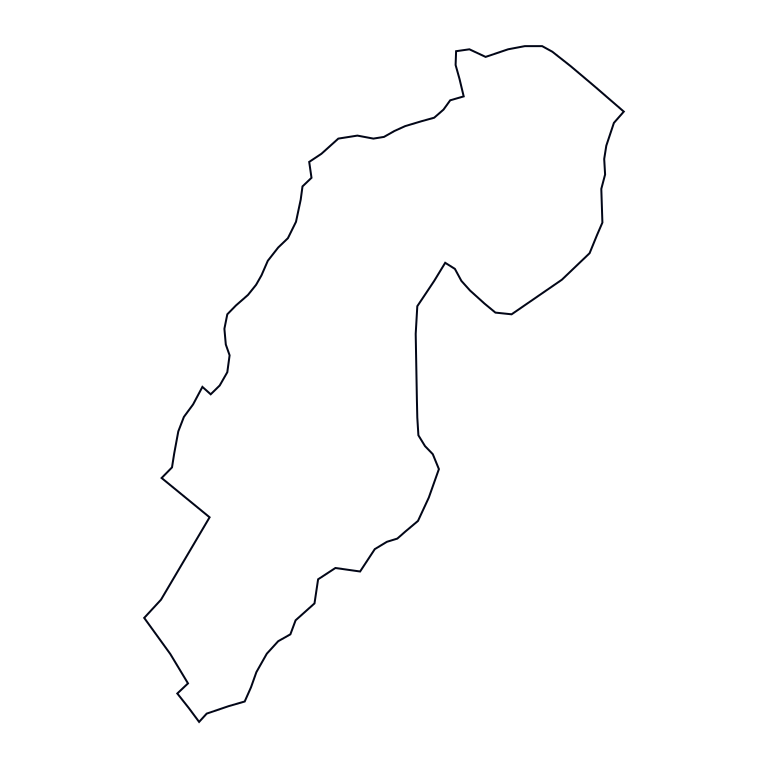 outline of Sarandi, Paraná, Brazil
{"feature_id": "56859067B2105412976878", "entity_name": "Sarandi", "entity_type": "district", "adm_level": 2, "iso_a3": "BRA", "parent_name": "Brazil", "parent_adm1": "Paraná", "projection": "albers", "projection_center": [-51.867, -23.477], "detail": "fine", "context": "isolated", "style": "outline", "palette": "ink", "viewbox_px": 768, "rotation_deg": 0, "n_neighbors": 0, "source": "geoboundaries", "source_scale": "gbopen_adm2", "svg_char_len": 1362}
<svg xmlns="http://www.w3.org/2000/svg" viewBox="0 0 768 768"><path d="M456.1,51.2L455.6,65.0L459.5,78.9L463.7,96.4L450.2,100.3L443.5,109.6L434.2,117.7L421.6,121.2L405.2,126.1L394.4,131.0L384.0,136.9L373.4,138.6L357.4,135.6L338.3,138.6L321.4,153.8L309.2,161.9L311.5,177.8L302.5,186.4L300.7,199.7L296.0,221.8L287.9,238.2L278.2,247.5L267.8,260.8L261.5,275.3L256.1,284.8L248.0,294.9L235.9,305.5L227.3,314.3L224.4,328.8L225.8,344.5L229.6,355.3L227.3,372.2L219.7,385.5L210.7,394.3L202.4,386.9L193.1,404.4L183.9,416.9L178.3,431.4L174.2,453.5L172.0,467.4L161.6,478.0L209.6,517.3L161.0,599.7L144.2,617.9L170.3,654.0L188.0,683.4L177.3,693.5L188.7,707.9L199.1,721.9L206.7,713.6L228.5,706.2L244.7,701.5L251.0,687.3L256.4,672.1L266.8,653.7L278.2,641.2L290.4,634.3L295.6,620.3L314.5,603.4L318.1,579.3L335.4,568.0L360.1,571.5L374.8,549.1L386.9,541.8L397.3,538.6L405.4,531.5L418.0,520.9L428.8,497.6L438.9,469.1L432.8,454.2L425.0,446.1L418.4,435.3L417.3,417.6L416.9,399.9L415.7,333.9L417.3,306.2L425.0,294.7L434.2,280.9L445.2,262.8L454.9,268.9L461.4,280.9L470.0,290.5L484.4,303.5L495.4,312.6L511.6,314.3L561.9,279.7L589.6,253.2L597.0,235.1L602.4,222.6L601.3,188.9L605.1,174.5L604.2,159.0L606.3,145.7L613.9,122.9L623.8,111.6L593.7,85.6L570.7,66.2L552.3,51.7L542.1,46.1L525.0,46.1L508.1,49.3L485.6,56.9L469.4,49.3L456.1,51.2Z" fill="none" stroke="#020617" stroke-width="2"/></svg>